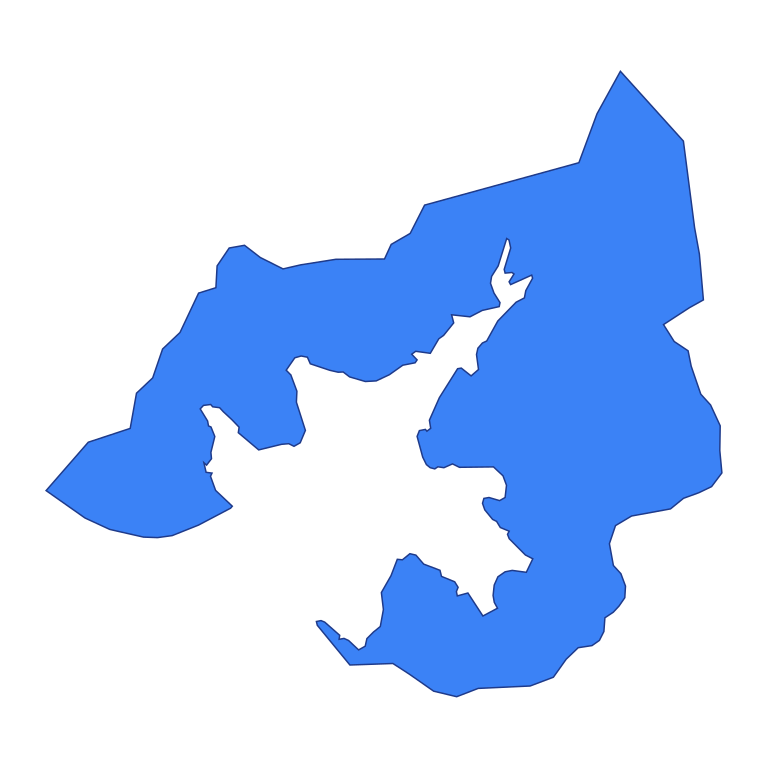 Wouri, Littoral, Cameroon
{"feature_id": "32672807B59545531100821", "entity_name": "Wouri", "entity_type": "district", "adm_level": 2, "iso_a3": "CMR", "parent_name": "Cameroon", "parent_adm1": "Littoral", "projection": "orthographic", "projection_center": [9.63, 4.004], "detail": "fine", "context": "isolated", "style": "filled", "palette": "blue", "viewbox_px": 768, "rotation_deg": 0, "n_neighbors": 0, "source": "geoboundaries", "source_scale": "gbopen_adm2", "svg_char_len": 2924}
<svg xmlns="http://www.w3.org/2000/svg" viewBox="0 0 768 768"><path d="M260.3,257.5L244.5,245.3L229.2,248.0L217.1,265.9L215.9,287.7L198.6,293.1L180.0,332.5L162.6,349.0L152.7,377.9L136.5,393.2L130.2,428.4L88.3,442.2L46.1,490.6L85.0,518.0L109.7,529.4L119.2,531.6L143.5,537.1L157.6,537.6L172.2,535.6L198.5,525.1L230.6,508.2L232.3,506.2L215.6,490.4L210.5,476.3L212.0,473.1L206.1,472.3L203.9,462.7L206.6,465.1L211.5,458.7L210.9,452.4L214.8,436.5L211.0,427.0L208.5,425.9L207.6,421.0L200.2,408.9L203.5,405.4L210.7,404.5L212.7,406.8L219.6,407.7L223.3,411.7L232.2,420.0L239.1,427.2L238.3,432.7L258.7,449.9L281.6,444.3L288.8,443.7L294.0,446.3L300.2,442.8L305.4,430.4L296.4,402.2L296.9,391.2L290.8,374.8L290.3,374.4L286.2,370.2L294.8,357.8L301.1,356.0L307.4,357.2L310.3,363.8L329.8,370.3L338.1,372.2L343.2,372.0L349.6,376.9L365.3,381.5L376.2,380.9L389.4,374.7L402.8,365.2L415.1,362.8L417.1,359.9L411.7,354.2L415.7,351.3L430.3,353.3L438.8,338.8L443.7,335.3L453.7,322.9L452.7,319.0L451.6,314.8L470.0,316.8L482.3,310.4L499.2,306.6L500.0,302.6L494.0,293.1L490.5,283.3L491.6,276.4L498.2,265.9L506.7,238.5L509.0,240.0L510.7,248.0L504.2,269.4L505.1,273.1L512.0,272.5L514.0,274.0L509.1,281.8L510.6,284.6L531.7,275.1L532.6,278.2L525.8,290.6L524.4,297.9L516.1,302.2L497.8,321.0L486.7,341.0L482.4,343.0L477.9,348.2L476.5,354.5L478.5,369.5L471.1,375.9L461.3,368.1L457.6,368.7L439.4,397.6L429.4,420.2L430.7,428.3L426.9,431.2L425.4,429.4L419.4,430.6L417.1,436.4L422.7,457.1L426.4,464.6L430.2,467.7L434.8,468.9L437.9,466.8L443.9,467.7L452.5,463.9L459.4,467.3L493.5,466.9L497.2,470.4L503.0,475.8L506.5,485.3L505.1,497.5L499.6,500.6L489.0,497.5L483.9,498.4L482.5,503.3L484.8,509.9L492.6,519.4L496.6,521.4L500.3,527.5L509.2,531.2L507.5,534.3L509.2,538.7L525.4,555.0L532.8,558.8L526.3,572.3L512.2,570.4L505.1,571.8L497.9,576.8L494.2,585.1L493.1,595.5L494.3,602.4L497.5,608.2L482.9,616.0L480.3,612.0L467.9,593.0L457.3,595.9L456.4,591.6L458.1,587.3L454.7,581.8L441.5,576.4L440.0,570.3L423.7,564.1L415.9,555.1L409.9,553.7L402.4,559.8L397.3,559.3L391.0,575.7L381.4,592.5L381.5,593.6L383.4,609.5L380.3,626.5L373.5,632.0L366.9,638.6L365.2,646.2L358.6,649.9L348.6,640.5L344.0,638.4L339.1,639.3L339.7,635.3L324.7,622.1L321.0,620.6L316.4,621.5L317.3,625.3L349.9,665.0L392.9,663.5L409.4,674.2L433.7,691.2L456.7,696.7L478.2,688.4L530.1,686.0L553.4,677.2L566.2,659.2L578.2,647.7L592.0,645.6L599.4,640.4L603.9,631.5L604.9,617.8L613.3,612.2L619.0,606.1L624.8,597.7L625.5,586.1L620.9,573.7L613.4,565.5L609.4,543.7L615.5,525.6L631.6,516.0L670.5,508.9L683.5,498.3L698.9,492.7L711.6,486.6L721.9,472.9L719.8,450.5L720.2,425.8L710.6,405.0L700.8,394.2L695.3,378.2L691.2,366.2L688.1,350.8L674.2,341.5L663.5,324.6L679.6,314.1L689.6,307.6L703.4,299.9L699.4,254.1L694.6,227.8L683.4,141.1L620.4,71.3L597.0,113.8L578.9,162.7L424.6,205.1L410.2,233.4L391.2,244.4L384.5,259.0L335.8,259.3L300.9,264.8L283.0,268.9L260.3,257.5Z" fill="#3b82f6" stroke="#1e3a8a" stroke-width="1.5"/></svg>